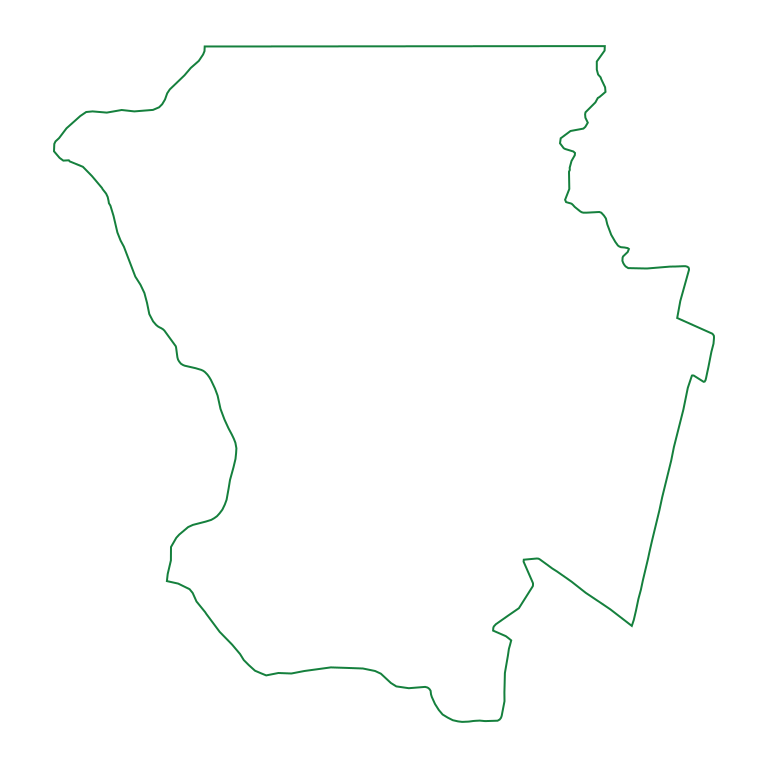 Barillas, Huehuetenango, Guatemala
{"feature_id": "79465075B26055354107156", "entity_name": "Barillas", "entity_type": "district", "adm_level": 2, "iso_a3": "GTM", "parent_name": "Guatemala", "parent_adm1": "Huehuetenango", "projection": "natural_earth1", "projection_center": [-91.212, 15.915], "detail": "fine", "context": "isolated", "style": "outline", "palette": "green", "viewbox_px": 768, "rotation_deg": 0, "n_neighbors": 0, "source": "geoboundaries", "source_scale": "gbopen_adm2", "svg_char_len": 3609}
<svg xmlns="http://www.w3.org/2000/svg" viewBox="0 0 768 768"><path d="M631.8,625.9L633.8,619.9L636.0,610.5L638.4,599.0L640.9,589.7L642.8,580.7L648.1,558.4L649.2,553.2L650.2,548.7L652.2,540.0L659.4,510.3L662.2,497.2L671.2,460.6L673.9,447.1L683.4,409.5L687.8,387.9L691.9,375.6L692.7,375.4L693.8,375.6L703.6,381.8L704.6,381.6L705.5,380.2L706.1,377.9L707.5,371.2L708.2,368.1L711.4,351.8L713.5,343.7L713.9,339.2L714.0,337.7L713.9,335.9L713.1,334.5L712.0,333.5L711.0,333.1L677.2,318.0L680.3,301.0L688.7,270.9L689.0,269.9L688.9,268.6L688.5,267.5L687.0,266.6L685.4,266.2L683.4,266.2L675.8,266.5L670.0,266.6L646.9,268.5L628.2,268.1L625.7,266.5L624.7,265.4L623.4,263.4L622.4,260.8L622.5,259.4L622.6,257.6L623.1,256.4L627.7,252.0L628.9,249.0L627.7,248.1L624.5,247.5L621.0,247.2L619.3,246.5L617.9,245.5L615.3,241.9L611.2,234.8L607.3,224.4L605.9,218.5L604.7,216.7L603.9,215.5L602.5,214.0L601.3,212.7L599.3,212.0L586.0,212.7L583.4,212.7L581.6,212.2L580.0,211.2L574.7,206.9L573.0,205.0L571.7,203.8L570.7,203.4L569.2,203.0L566.1,202.1L565.1,199.8L569.3,189.0L569.0,171.7L569.8,170.0L569.7,167.7L571.5,161.0L574.8,155.2L575.0,153.0L573.4,151.5L565.2,149.0L563.7,148.2L560.0,143.3L560.7,138.3L570.5,131.0L583.4,128.6L585.3,126.9L587.8,122.7L585.4,117.7L585.1,114.3L585.5,112.3L595.4,102.4L597.8,98.0L599.5,97.0L605.5,91.9L605.1,87.3L601.3,79.3L600.6,77.3L598.1,74.5L596.8,69.6L596.8,61.5L604.6,50.6L604.8,46.1L204.7,46.5L204.5,51.1L203.1,54.5L198.8,60.9L190.8,67.9L184.5,75.3L169.8,89.4L167.2,93.3L165.0,99.5L162.2,104.2L159.1,107.3L153.0,109.9L134.3,111.4L121.7,110.0L106.8,112.6L92.6,111.4L86.2,112.0L80.3,116.0L66.5,128.3L59.0,138.2L55.5,141.4L54.3,143.9L54.0,151.3L59.6,157.9L63.3,160.6L68.8,160.3L69.7,161.4L82.9,166.8L91.9,176.0L102.0,188.0L102.7,189.3L106.1,193.6L107.7,197.0L108.6,201.1L108.9,203.2L110.4,205.6L113.5,215.8L117.4,232.5L120.6,240.6L123.9,246.7L135.3,276.6L140.5,284.8L144.4,293.0L147.0,302.8L149.3,314.1L153.1,321.4L156.1,324.9L157.9,326.4L159.6,327.4L160.9,328.0L162.9,329.2L164.4,330.6L175.0,345.2L175.8,346.3L176.1,347.6L177.4,357.3L178.0,359.5L179.0,361.3L180.9,363.7L183.0,365.0L184.7,365.7L195.6,368.2L201.3,369.9L203.4,370.9L205.1,372.2L207.5,374.7L209.3,377.2L210.9,379.9L212.6,383.5L215.0,388.6L217.6,395.6L220.5,408.9L224.5,419.6L228.5,428.3L231.9,434.7L233.9,438.9L235.4,442.8L236.4,448.3L236.1,453.1L235.5,458.9L233.5,467.3L230.0,480.0L228.6,488.6L226.6,499.7L224.8,504.6L222.4,509.6L219.7,513.2L217.0,516.2L214.2,518.2L211.2,519.9L205.7,521.6L192.9,524.9L188.1,527.1L179.2,534.6L176.3,537.8L171.0,547.0L170.9,560.4L167.7,574.0L166.9,581.1L178.2,583.6L189.6,589.2L192.7,593.0L196.5,601.5L205.2,612.2L206.3,613.9L219.7,631.9L232.1,644.6L240.1,654.1L243.8,660.1L248.8,665.1L255.0,670.7L260.8,673.2L266.2,675.4L278.4,673.0L291.4,673.5L302.3,671.4L304.4,671.0L330.8,667.4L346.4,667.9L362.9,668.5L375.1,671.0L380.9,673.7L390.9,683.0L396.3,686.4L408.8,688.2L425.1,686.9L427.4,687.5L428.4,688.1L429.5,689.1L430.6,690.8L431.0,694.3L431.8,696.9L435.0,704.0L438.8,710.0L442.6,714.5L447.7,717.6L452.8,720.2L458.1,721.4L462.2,721.9L468.8,721.6L473.2,721.0L475.8,720.8L479.8,720.6L485.1,721.1L497.6,720.7L499.7,719.5L501.0,717.8L501.7,715.8L504.5,701.2L504.4,692.3L504.6,685.1L504.9,673.0L507.9,655.7L508.9,648.9L510.0,645.0L511.2,640.4L508.4,638.1L505.9,636.2L493.1,630.6L493.3,627.9L493.8,626.5L495.9,624.2L501.6,620.2L508.3,615.5L518.9,608.2L532.8,586.2L533.0,585.1L533.0,583.3L532.4,581.8L526.5,568.3L523.6,561.7L523.8,559.7L536.9,558.5L538.6,558.7L540.0,559.5L552.3,568.5L556.9,571.4L571.6,581.7L585.7,592.8L604.5,605.4L610.4,609.4L631.8,625.9Z" fill="none" stroke="#15803d" stroke-width="2"/></svg>